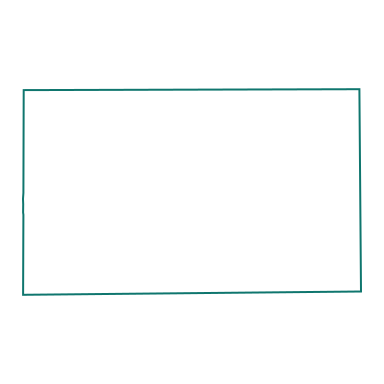 the district of Hartley, Texas, United States of America
{"feature_id": "52423323B45324234898268", "entity_name": "Hartley", "entity_type": "district", "adm_level": 2, "iso_a3": "USA", "parent_name": "United States of America", "parent_adm1": "Texas", "projection": "orthographic", "projection_center": [-102.882, 35.839], "detail": "fine", "context": "isolated", "style": "outline", "palette": "teal", "viewbox_px": 384, "rotation_deg": 0, "n_neighbors": 0, "source": "geoboundaries", "source_scale": "gbopen_adm2", "svg_char_len": 247}
<svg xmlns="http://www.w3.org/2000/svg" viewBox="0 0 384 384"><path d="M23.7,90.1L23.4,193.0L23.0,198.9L23.2,204.2L23.1,212.5L23.4,214.8L23.3,239.5L23.1,294.8L361.0,291.5L359.4,89.2L23.7,90.1Z" fill="none" stroke="#0f766e" stroke-width="2"/></svg>